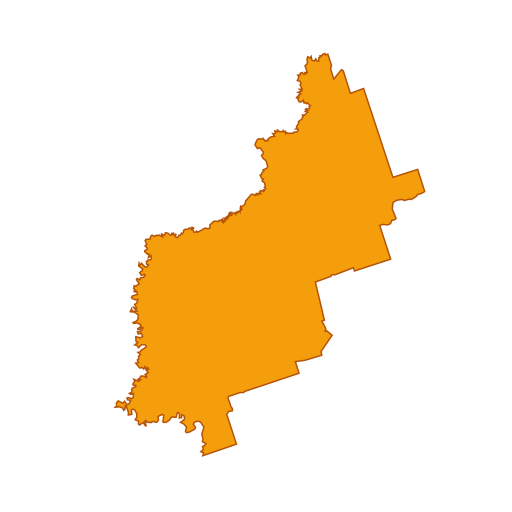 Swan Hill, Victoria, Australia, rotated 252°
{"feature_id": "25037944B58383707208646", "entity_name": "Swan Hill", "entity_type": "district", "adm_level": 2, "iso_a3": "AUS", "parent_name": "Australia", "parent_adm1": "Victoria", "projection": "orthographic", "projection_center": [143.117, -35.101], "detail": "fine", "context": "isolated", "style": "filled", "palette": "amber", "viewbox_px": 512, "rotation_deg": 252, "n_neighbors": 0, "source": "geoboundaries", "source_scale": "gbopen_adm2", "svg_char_len": 6105}
<svg xmlns="http://www.w3.org/2000/svg" viewBox="0 0 512 512"><g transform="rotate(252 256 256)"><path d="M82.5,143.7L83.1,179.3L114.4,179.2L116.7,182.0L116.0,185.7L118.5,186.5L119.2,185.7L129.3,185.5L131.0,186.5L131.0,198.7L130.0,202.1L130.7,203.6L131.2,260.7L143.4,260.8L141.7,270.4L141.3,287.9L145.0,288.3L157.1,303.9L162.7,300.4L162.7,299.0L163.5,298.5L164.4,299.7L166.7,299.8L173.8,298.5L173.8,301.2L212.9,304.4L213.5,321.1L214.6,321.8L214.7,323.4L213.7,324.9L214.8,345.0L211.3,345.0L211.4,383.1L246.9,383.1L246.8,386.5L244.9,390.9L245.2,393.9L248.1,396.4L247.6,398.9L248.4,400.8L258.6,400.1L264.6,402.9L265.5,407.0L264.7,412.4L263.0,414.1L262.7,419.6L261.7,421.1L263.1,426.6L264.6,429.0L264.3,432.0L265.2,436.4L288.4,436.5L288.5,410.5L382.1,410.1L381.5,396.0L405.2,396.2L406.8,394.8L400.2,384.6L411.0,384.8L413.9,386.7L425.8,386.7L425.8,384.1L427.4,384.1L427.1,381.3L426.2,380.9L426.5,378.6L425.5,378.9L425.2,377.0L421.9,375.8L422.8,374.2L425.1,373.6L423.4,372.0L425.0,369.6L428.8,370.1L427.7,368.6L429.5,366.7L426.7,365.0L424.5,365.0L422.8,363.7L421.8,361.4L414.6,361.5L415.4,359.2L413.9,359.7L413.6,358.9L414.3,357.4L416.2,356.6L416.2,354.6L414.6,354.2L415.1,351.6L413.2,352.2L410.1,349.5L408.5,351.9L406.5,352.1L405.1,350.8L400.4,351.5L401.1,349.0L398.9,350.5L398.6,346.7L397.2,348.6L396.2,348.7L396.1,346.7L395.2,346.5L395.0,344.6L393.8,343.5L393.4,345.5L391.8,344.3L389.4,344.6L388.5,346.6L389.5,349.2L386.6,349.0L386.2,350.9L385.3,351.1L385.7,352.2L382.1,354.2L381.5,352.6L380.0,352.6L379.2,351.3L380.6,349.5L380.2,348.4L379.4,348.9L378.4,347.6L378.0,349.9L376.6,349.5L376.5,348.0L375.0,346.3L375.7,343.7L374.0,344.0L373.7,342.9L372.3,342.5L370.7,337.8L368.9,337.6L366.6,334.4L364.6,334.4L364.5,333.3L363.5,335.2L362.2,334.9L361.4,333.1L362.0,330.1L361.3,329.2L362.9,324.0L364.2,323.1L363.3,322.0L365.7,322.2L365.5,320.7L366.9,320.5L366.2,319.8L366.8,317.2L369.2,315.2L367.5,314.4L369.1,312.6L366.9,312.3L366.5,311.1L367.2,309.8L364.1,310.7L364.7,307.0L363.6,303.7L362.0,302.8L362.8,301.7L362.2,300.3L365.8,299.0L365.3,297.2L366.6,295.1L366.4,293.3L363.9,290.8L362.0,289.4L357.6,290.6L357.9,293.1L352.8,295.0L351.1,294.5L350.0,292.3L346.4,293.0L343.5,295.0L337.5,294.8L336.1,293.3L335.7,289.3L334.2,289.6L333.4,287.3L331.8,286.5L331.7,284.9L327.5,285.4L326.9,286.8L325.3,285.0L322.9,286.8L319.6,286.4L318.6,285.1L317.3,286.1L316.1,284.7L316.6,283.7L315.2,283.6L315.1,282.7L316.9,281.0L315.8,279.0L313.7,279.7L315.2,276.1L313.9,276.3L315.0,275.3L313.8,274.2L315.7,272.2L316.0,270.5L311.6,263.2L308.4,261.3L307.3,257.4L308.1,256.8L306.0,255.7L305.9,256.8L304.9,256.0L304.7,257.6L303.8,254.6L302.8,254.4L304.1,253.8L302.8,252.0L303.9,251.6L303.0,250.9L303.6,250.1L301.9,249.4L303.4,249.0L304.1,247.3L302.3,245.4L303.1,244.2L305.2,246.0L305.5,244.3L303.1,242.3L303.0,243.5L302.0,243.2L302.6,241.1L301.9,239.1L301.1,239.3L301.0,241.0L300.1,240.8L301.7,237.3L299.6,238.2L299.8,236.7L298.5,236.9L299.4,235.6L297.8,235.2L299.3,234.2L300.1,235.4L301.5,235.4L300.7,232.3L301.3,231.8L300.5,231.0L302.1,226.8L299.9,221.8L296.9,220.9L296.8,218.7L298.3,216.3L296.6,208.0L298.0,207.2L297.2,206.3L297.8,204.5L300.5,204.1L300.8,203.3L301.8,205.4L302.3,205.1L303.0,203.8L302.0,203.8L302.0,202.7L303.4,201.3L302.4,199.3L303.3,196.9L302.8,195.1L300.9,194.3L300.0,192.8L300.7,192.2L298.9,190.0L299.6,189.2L297.7,187.0L299.5,185.0L301.1,186.1L300.7,187.0L301.6,186.2L301.8,184.0L303.3,184.5L303.5,182.8L302.0,182.6L302.3,181.0L305.0,179.2L306.1,177.0L304.1,175.5L305.1,173.6L306.8,173.1L303.1,173.1L305.8,170.6L305.6,169.2L306.6,167.8L305.9,165.6L308.0,163.6L307.3,162.0L304.8,160.4L305.9,156.6L304.9,155.3L300.9,155.8L299.9,153.6L297.0,155.1L295.7,154.0L295.5,151.8L294.5,151.5L291.3,153.3L290.6,155.0L287.9,153.2L288.6,156.4L285.9,155.5L285.0,154.5L285.7,152.3L284.5,151.4L284.9,150.3L282.1,149.4L280.8,151.0L279.3,149.1L279.9,147.1L284.5,144.8L283.5,143.7L283.7,142.7L285.2,142.6L282.8,141.3L278.4,144.3L277.2,143.3L276.2,140.2L273.0,141.0L273.1,144.2L271.9,144.6L270.5,142.6L271.0,139.4L269.1,138.0L271.4,136.0L270.4,135.0L265.6,136.3L264.5,132.2L265.4,131.0L263.1,129.6L259.8,131.1L260.3,128.5L258.2,131.8L256.1,131.3L256.2,126.1L255.1,124.7L253.7,125.2L251.4,128.3L251.3,130.2L247.9,127.9L247.5,125.6L243.4,126.4L243.5,124.8L246.0,123.0L240.5,125.9L241.6,121.2L244.2,121.3L241.9,119.2L240.3,122.9L236.6,125.8L232.2,124.1L231.0,122.0L230.7,118.4L229.7,118.7L229.2,122.0L226.5,125.0L224.4,124.5L223.4,121.1L222.6,120.8L221.8,122.7L223.7,125.2L222.4,126.3L219.7,122.8L220.5,119.8L218.3,119.8L217.6,123.1L214.5,123.3L213.9,120.8L216.4,116.8L212.1,115.5L210.3,116.9L208.9,113.2L208.0,115.1L205.1,115.9L207.1,119.8L205.7,123.2L204.5,123.9L203.1,122.8L201.8,117.5L200.5,116.0L200.8,114.0L198.1,115.6L196.7,113.1L194.4,112.7L193.7,111.0L190.9,111.3L191.3,108.5L185.4,110.8L185.1,113.3L183.2,114.3L185.0,116.2L182.7,116.3L183.3,118.6L181.4,118.9L181.3,116.4L178.5,117.3L177.5,113.8L175.4,114.8L174.4,114.1L176.8,111.5L177.4,109.3L175.4,107.2L175.2,105.6L174.2,105.9L173.9,107.6L173.0,105.5L176.5,101.8L174.4,102.0L172.2,99.2L170.9,99.5L170.2,101.6L169.0,101.3L168.4,97.2L164.7,95.7L164.5,93.1L163.1,93.9L163.0,97.0L159.0,95.3L159.0,93.3L160.7,91.3L160.9,89.5L158.9,89.3L157.5,92.2L154.6,89.5L154.6,87.4L158.5,86.1L157.1,83.8L160.8,80.2L159.5,77.9L156.5,77.1L155.7,75.5L154.7,79.6L152.6,82.2L150.1,82.5L150.5,83.8L153.7,85.2L153.7,86.2L146.9,86.4L144.2,85.4L143.8,89.0L148.3,89.9L148.3,91.9L147.2,93.0L142.9,93.9L139.5,92.7L137.6,90.5L135.3,93.2L132.4,92.3L131.3,92.9L132.4,97.4L128.8,98.2L128.5,99.0L133.3,99.2L133.7,100.4L131.5,101.0L130.0,104.8L130.6,106.4L128.5,110.2L130.1,112.6L133.7,113.3L134.3,117.7L133.0,119.0L127.1,116.2L126.2,116.8L125.7,119.4L126.6,122.7L129.0,126.1L127.3,130.2L130.8,132.4L131.3,133.6L129.0,134.4L125.7,132.9L125.2,135.1L127.9,136.7L125.8,138.4L122.7,137.4L121.1,132.8L118.7,135.3L114.7,137.1L111.0,134.7L109.6,135.1L109.1,137.7L110.2,144.3L111.8,145.5L115.3,144.4L117.1,146.3L116.7,150.2L115.1,152.0L109.3,153.6L103.4,149.4L98.5,149.1L96.0,147.6L93.2,150.4L91.5,148.3L91.4,146.2L88.4,146.3L86.9,143.1L85.0,145.4L82.5,143.7Z" fill="#f59e0b" stroke="#b45309" stroke-width="1.5"/></g></svg>